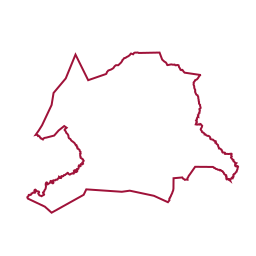 outline of Juticalpa, Olancho, Honduras, rotated 175°
{"feature_id": "27666195B18258905744745", "entity_name": "Juticalpa", "entity_type": "district", "adm_level": 2, "iso_a3": "HND", "parent_name": "Honduras", "parent_adm1": "Olancho", "projection": "mercator", "projection_center": [-86.362, 14.531], "detail": "fine", "context": "isolated", "style": "outline", "palette": "rose", "viewbox_px": 256, "rotation_deg": 175, "n_neighbors": 0, "source": "geoboundaries", "source_scale": "gbopen_adm2", "svg_char_len": 5595}
<svg xmlns="http://www.w3.org/2000/svg" viewBox="0 0 256 256"><g transform="rotate(175 128 128)"><path d="M173.9,205.7L185.7,182.8L199.1,169.4L202.1,157.6L213.4,138.2L217.2,133.2L220.6,129.2L219.9,129.3L218.9,129.0L218.4,127.9L217.8,128.1L217.5,127.6L216.9,127.4L216.5,126.4L216.0,125.9L215.9,125.3L214.9,125.0L214.7,124.6L213.8,124.0L213.5,124.5L213.1,124.7L212.4,125.3L211.3,125.5L210.5,125.5L202.2,126.9L197.3,131.6L191.4,135.5L189.1,133.6L191.2,132.1L191.3,131.5L190.3,130.0L189.9,128.5L188.9,127.5L188.1,125.9L188.0,123.9L187.8,123.2L187.4,122.7L186.4,122.1L185.7,120.6L184.7,119.6L184.2,119.3L183.5,118.5L182.8,118.0L181.6,115.8L180.9,115.5L180.8,115.2L181.2,115.0L180.5,114.1L180.4,113.3L180.0,113.1L180.2,112.2L180.1,111.9L178.8,111.1L178.2,110.4L178.1,109.3L177.4,108.4L177.6,108.0L177.4,106.9L177.9,106.5L177.7,106.2L178.0,105.4L178.0,104.0L177.7,103.5L177.8,103.3L177.9,102.6L177.7,102.3L176.6,101.6L176.2,101.1L176.0,100.6L175.5,100.5L175.4,99.9L175.0,99.2L175.6,98.2L176.6,97.5L176.6,97.1L176.0,96.6L175.9,96.3L176.6,95.8L178.2,96.1L178.6,95.6L178.5,94.3L178.7,94.1L179.1,94.1L179.9,94.8L180.2,94.9L180.6,94.0L180.5,93.2L180.9,91.8L181.4,91.5L182.4,91.6L182.7,91.3L182.7,90.7L182.2,89.9L182.3,89.4L183.1,88.7L183.8,88.6L184.4,88.6L184.5,88.9L183.9,89.7L183.8,90.4L184.2,90.6L185.1,90.5L185.7,89.9L185.5,89.0L185.9,87.5L186.1,87.3L186.7,87.4L187.2,87.8L187.5,87.8L187.9,87.5L189.1,87.2L189.8,86.7L190.3,86.7L191.2,87.5L191.8,88.5L192.2,88.6L192.9,87.8L194.1,87.3L194.7,86.7L196.0,86.6L196.6,85.7L197.3,85.6L198.1,85.9L198.5,85.8L198.7,85.3L198.7,84.6L199.1,84.0L199.8,84.1L200.3,85.1L200.9,85.4L200.9,84.5L201.1,84.2L201.4,84.0L202.0,83.9L202.8,82.8L203.3,82.7L204.1,82.9L205.0,82.2L206.5,82.4L207.3,82.2L207.5,81.9L207.6,81.4L207.0,80.5L207.1,79.9L207.5,79.5L208.0,79.5L208.5,79.9L208.8,81.5L209.3,82.0L209.6,82.0L209.9,81.7L210.2,80.6L210.5,80.2L211.3,79.7L212.2,79.5L212.6,79.0L213.0,78.8L213.4,79.0L213.3,80.0L213.4,80.6L213.7,80.9L214.1,80.8L214.6,80.2L214.9,79.2L214.9,78.2L214.8,76.9L215.4,74.7L215.8,74.1L216.8,73.0L217.1,71.8L218.0,71.4L218.3,71.2L218.3,70.8L217.6,69.7L217.4,69.0L217.9,68.5L218.9,68.3L220.0,67.6L220.9,68.1L222.1,68.6L223.1,70.5L222.2,71.6L222.3,72.3L223.1,72.7L224.4,73.0L224.9,73.5L225.3,74.4L225.8,74.7L226.4,74.4L226.7,73.9L226.6,73.4L226.0,72.6L226.0,72.1L226.2,71.7L226.6,71.6L228.0,72.0L229.0,71.3L229.9,71.2L230.2,70.3L230.5,70.0L231.3,69.8L232.3,70.1L232.7,70.0L233.3,68.5L233.9,68.3L234.3,67.9L234.3,67.4L233.9,66.4L217.7,56.9L211.5,50.3L178.0,65.3L174.9,70.5L139.7,65.0L131.7,65.4L108.1,58.2L94.7,50.6L93.0,52.4L93.0,52.7L93.1,53.4L92.9,54.2L92.1,54.9L92.1,55.3L91.2,56.5L91.0,57.1L89.7,59.2L89.1,60.7L88.5,61.7L88.0,63.7L87.0,74.0L78.2,74.0L77.6,72.8L76.8,72.3L75.9,71.4L74.4,71.6L73.2,71.3L73.1,72.9L72.1,74.2L71.6,75.2L70.6,76.2L64.5,83.5L46.8,81.8L45.9,81.2L45.6,80.6L44.9,80.5L43.9,79.5L43.0,79.3L41.9,78.5L40.7,78.4L40.4,78.0L40.1,78.2L39.4,78.1L39.2,77.6L38.7,77.1L37.7,76.8L37.3,76.2L37.1,75.8L37.1,75.6L36.8,75.4L36.4,74.8L36.4,74.1L35.4,73.0L34.8,72.7L34.7,72.2L34.3,72.2L34.2,71.2L34.5,70.8L34.0,70.4L34.5,68.9L34.2,68.3L33.0,68.6L32.0,68.4L32.2,67.6L31.5,67.3L30.7,66.5L30.9,67.3L30.9,67.5L29.4,68.7L29.1,69.3L28.8,69.3L28.7,68.8L28.2,68.7L28.0,69.2L27.7,69.4L27.5,69.9L27.1,70.3L27.1,70.5L27.7,70.5L27.0,71.4L27.1,72.2L26.4,72.7L26.3,73.0L25.3,73.3L24.5,74.5L23.6,75.0L23.3,76.1L23.0,76.5L22.9,76.9L22.5,77.5L22.2,79.1L21.7,79.7L21.8,80.1L22.2,80.5L22.8,80.7L23.4,80.3L24.1,80.5L24.4,80.8L24.6,81.3L24.4,82.6L23.7,82.8L23.1,83.5L24.2,83.9L24.6,84.4L25.1,85.3L25.8,85.6L25.9,86.0L25.7,87.0L25.9,87.2L26.6,87.3L27.5,89.1L28.0,89.5L27.9,89.9L27.1,90.8L27.5,91.3L27.6,91.7L27.0,93.0L27.1,93.3L27.3,93.4L28.0,93.4L30.0,93.3L31.6,93.6L33.5,93.7L33.7,93.8L33.5,94.6L33.6,94.9L34.7,95.3L35.6,95.2L36.0,95.5L36.2,95.9L36.2,96.9L36.7,97.5L36.7,98.2L38.1,99.4L39.2,99.7L39.1,100.4L39.7,101.6L39.8,102.8L39.9,103.3L41.2,104.5L41.6,105.8L42.0,105.6L42.3,105.7L42.3,106.1L41.7,106.6L41.8,107.2L42.5,107.4L43.9,108.2L44.1,108.8L44.5,109.0L46.7,109.7L47.0,110.2L46.9,111.4L47.6,112.5L48.6,113.2L49.4,113.2L50.8,114.0L51.3,114.8L52.3,114.9L52.3,115.7L53.4,116.9L54.1,117.1L54.7,117.7L54.7,118.4L55.6,119.9L55.7,120.3L55.4,121.0L54.5,122.2L53.9,123.7L55.3,125.6L55.8,125.8L56.3,125.2L56.6,125.2L57.0,125.2L57.7,125.6L58.8,125.3L60.2,125.7L59.6,126.9L58.9,127.8L59.3,128.2L59.0,128.8L59.5,129.7L58.6,130.3L58.6,131.4L58.1,132.3L57.6,133.0L57.0,132.8L57.2,134.5L56.8,134.5L56.6,135.3L56.1,136.6L55.4,136.9L55.5,137.6L54.9,138.9L55.1,139.3L55.0,140.3L55.2,140.6L54.1,141.3L53.9,141.8L54.3,144.4L54.2,144.8L54.9,145.7L55.1,146.2L55.1,147.0L54.9,147.7L55.3,148.9L55.1,149.6L55.4,151.5L55.3,152.8L55.6,153.4L55.8,154.4L57.0,155.3L57.3,156.0L57.5,156.7L57.9,157.5L57.8,158.2L58.0,158.8L57.7,159.9L58.4,161.8L58.5,162.5L58.4,163.2L58.5,164.3L58.8,165.0L58.9,165.9L58.6,166.6L58.7,167.5L58.4,168.0L57.5,168.7L57.2,169.6L55.0,170.5L53.9,171.6L52.4,173.7L52.0,174.1L50.8,174.4L66.8,178.2L67.6,179.2L68.7,181.1L69.1,181.3L69.9,181.0L70.6,181.4L71.3,183.3L71.8,184.1L72.2,186.1L72.7,186.3L73.5,186.5L74.5,186.3L75.4,186.4L76.0,187.1L77.6,187.1L79.4,187.6L83.1,187.2L83.4,187.3L84.0,189.0L84.6,190.0L86.1,191.1L88.0,193.2L90.0,200.4L110.7,201.8L111.6,202.3L114.4,202.5L115.0,202.4L115.3,202.3L116.5,201.0L118.5,201.9L119.1,201.4L120.0,200.4L121.4,199.5L123.4,198.7L124.3,198.1L125.8,197.9L126.9,196.6L127.6,196.2L128.0,195.3L129.1,193.9L132.2,191.4L134.3,191.6L134.8,191.5L135.9,190.7L136.7,189.8L137.0,189.3L138.1,188.5L139.9,187.7L142.6,187.0L144.1,185.5L144.8,184.0L145.2,183.7L163.5,179.1L173.9,205.7Z" fill="none" stroke="#9f1239" stroke-width="2"/></g></svg>